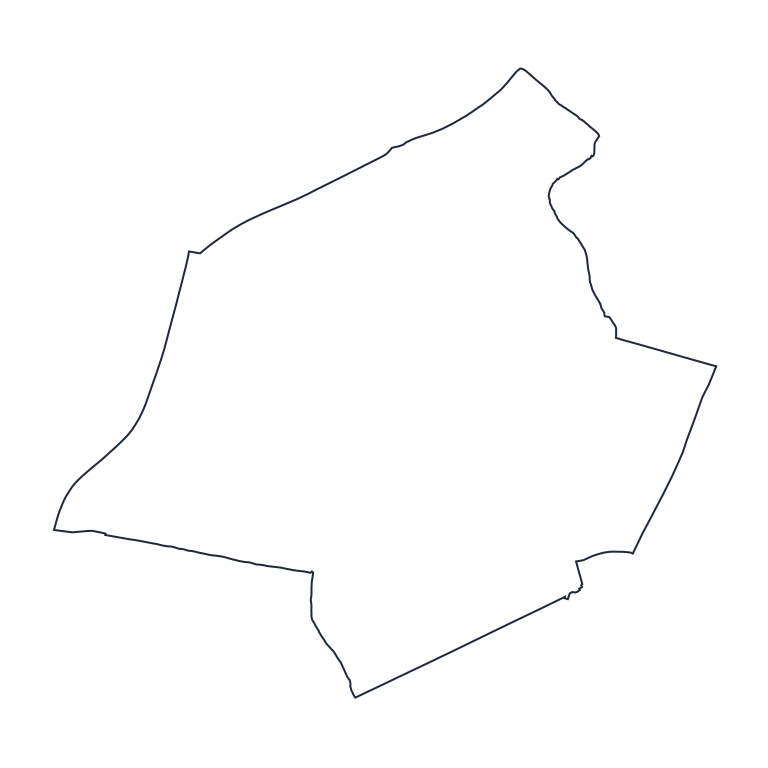 outline of Ridderkerk, Zuid-Holland, Netherlands, rotated 269°
{"feature_id": "6326949B39885659385056", "entity_name": "Ridderkerk", "entity_type": "district", "adm_level": 2, "iso_a3": "NLD", "parent_name": "Netherlands", "parent_adm1": "Zuid-Holland", "projection": "mercator", "projection_center": [4.592, 51.871], "detail": "fine", "context": "isolated", "style": "outline", "palette": "slate", "viewbox_px": 768, "rotation_deg": 269, "n_neighbors": 0, "source": "geoboundaries", "source_scale": "gbopen_adm2", "svg_char_len": 6035}
<svg xmlns="http://www.w3.org/2000/svg" viewBox="0 0 768 768"><g transform="rotate(269 384 384)"><path d="M563.4,283.0L557.8,269.0L554.1,260.4L550.4,251.9L546.2,243.7L541.6,235.5L536.2,227.4L531.0,219.8L525.3,211.8L520.2,205.2L517.8,202.5L519.9,191.3L516.6,190.7L514.1,190.2L510.4,189.3L505.5,188.1L466.2,177.3L446.8,171.7L422.6,164.9L412.9,161.7L398.6,156.6L368.6,145.5L361.6,142.5L354.2,138.7L348.1,135.0L342.3,131.1L336.1,125.8L326.8,116.0L313.0,100.1L307.1,92.7L302.0,86.4L296.8,80.3L292.4,75.6L289.3,72.6L286.5,70.3L283.2,68.0L279.3,65.4L275.8,63.3L272.8,61.8L268.6,59.9L263.6,57.8L259.1,56.1L252.4,54.0L243.8,51.5L241.1,69.9L241.7,77.7L242.2,85.2L242.3,85.2L242.3,85.4L242.3,85.6L242.1,85.7L242.3,88.2L242.3,88.7L242.3,88.9L242.3,89.0L242.2,90.6L242.0,91.3L241.6,92.9L241.5,93.0L241.3,93.7L241.4,93.8L240.0,100.1L239.7,101.5L239.4,102.5L239.1,103.0L237.9,102.7L236.9,107.8L236.1,112.0L234.8,118.5L233.2,126.8L232.6,130.9L231.2,138.0L228.9,149.1L228.4,151.2L228.4,152.1L227.5,155.7L226.7,158.5L226.3,160.2L225.4,165.2L225.4,166.2L225.3,167.4L225.1,168.9L224.7,170.5L224.4,171.6L223.0,175.5L222.8,176.5L222.6,178.9L222.3,180.5L222.0,181.6L221.3,183.5L221.0,184.7L220.7,185.8L220.5,187.4L220.4,188.6L220.1,190.2L219.6,192.4L218.8,195.2L217.7,200.1L217.1,203.0L216.8,204.0L216.1,207.0L216.1,207.3L215.9,208.0L215.6,210.4L215.2,213.6L214.9,215.6L214.7,216.6L214.1,219.8L213.9,220.8L213.0,223.8L211.1,230.3L210.0,234.6L209.7,235.4L209.3,237.3L208.5,241.4L208.4,242.7L208.3,242.8L208.2,244.0L208.1,245.5L207.9,246.7L207.8,247.1L207.1,249.4L206.3,251.7L206.2,252.0L206.0,252.5L205.8,253.6L205.4,257.5L205.3,258.3L204.7,261.3L204.1,263.9L203.8,265.5L202.9,272.7L202.5,275.4L202.2,277.7L200.7,284.2L199.5,290.0L198.6,295.5L198.0,300.6L196.7,306.3L196.4,307.1L197.9,308.6L197.7,308.9L197.2,309.4L196.4,309.9L187.0,308.3L181.0,307.9L178.9,307.9L174.3,307.8L173.5,307.6L173.0,307.6L172.6,307.6L171.4,307.2L170.5,307.1L168.2,307.1L164.7,307.6L163.7,307.5L162.8,307.6L161.0,307.5L158.9,307.4L157.5,307.4L156.2,307.5L153.2,307.4L151.6,307.6L149.6,308.1L148.8,308.4L148.4,308.6L147.8,309.1L147.0,309.6L145.3,310.5L144.0,311.1L142.9,311.7L141.6,312.4L138.3,314.4L137.4,314.7L137.1,314.8L136.5,315.1L133.7,316.7L132.1,317.7L131.1,318.4L128.4,320.2L127.4,320.6L125.7,321.7L125.1,322.1L122.4,324.6L120.3,326.4L118.9,327.6L117.6,328.9L115.1,330.4L111.2,332.6L107.8,334.8L106.7,335.7L106.3,336.0L104.9,336.5L102.6,337.6L102.1,337.7L97.3,339.9L96.7,340.0L95.2,340.7L93.7,341.3L91.9,342.2L89.8,343.5L89.0,344.2L88.6,344.4L88.0,344.7L87.2,344.9L86.1,345.1L85.2,345.2L84.0,345.2L82.7,345.0L82.0,345.0L81.7,345.1L80.7,345.5L80.3,345.6L78.8,345.9L77.9,346.1L76.2,347.1L74.3,347.8L73.6,348.2L70.9,349.8L77.1,363.4L82.6,375.6L88.2,387.8L107.7,430.7L110.0,435.6L114.8,446.2L122.3,462.3L142.5,505.8L154.7,532.5L168.0,561.1L166.7,560.7L165.7,564.1L171.0,565.9L171.3,566.0L171.9,567.0L172.5,568.1L172.5,568.3L172.4,568.4L172.6,568.9L172.6,569.4L172.4,570.6L172.3,571.5L172.2,571.9L173.0,574.0L174.6,576.2L175.8,575.5L177.5,578.5L179.2,577.6L180.0,578.1L180.5,578.8L203.2,572.9L204.2,579.4L204.5,580.6L208.5,589.7L210.7,597.2L210.9,598.1L211.7,601.6L212.2,605.9L212.4,609.0L212.0,620.7L211.2,627.6L211.1,627.8L210.1,629.8L229.6,639.6L244.6,647.9L269.9,661.7L286.9,670.5L301.4,677.4L310.7,681.6L322.7,685.8L342.0,693.4L361.0,700.5L363.8,701.5L366.0,702.5L368.8,703.9L372.9,706.1L377.6,708.7L378.9,709.2L384.8,711.8L395.9,716.5L398.5,707.6L407.7,677.2L419.4,638.7L422.4,628.5L423.8,623.7L426.1,616.7L429.8,617.0L433.5,617.0L435.4,617.1L436.3,616.9L437.1,616.6L439.1,615.6L441.2,614.1L444.5,612.2L445.5,611.5L446.8,610.6L447.0,610.4L447.8,606.1L449.5,605.5L451.3,605.5L455.0,603.4L456.3,602.6L460.5,601.7L460.5,601.4L461.0,601.3L465.2,599.0L467.4,597.6L468.2,597.1L474.7,593.9L480.1,592.6L481.8,591.8L485.3,591.5L488.2,591.5L492.3,590.7L494.1,590.3L501.7,589.5L504.5,589.4L508.3,588.8L514.4,587.2L519.7,584.0L520.1,583.9L526.1,580.2L526.5,579.6L526.9,579.4L527.0,579.0L529.0,577.7L530.7,576.7L530.8,576.5L532.1,575.5L532.1,575.1L532.7,574.5L532.8,574.4L532.9,574.1L532.9,573.9L536.0,569.9L541.6,563.9L544.5,561.5L544.9,561.4L545.6,560.8L548.9,559.4L551.4,557.9L552.9,557.4L553.9,557.4L554.6,557.0L554.9,556.5L557.1,555.1L559.0,554.4L560.8,553.5L562.8,552.9L565.3,553.1L565.8,552.8L565.9,552.6L567.6,552.3L569.4,551.9L570.4,552.2L572.7,552.7L575.4,553.4L576.1,553.7L580.1,556.0L580.9,556.1L581.2,556.3L584.0,559.3L585.0,560.3L586.0,560.8L585.6,561.7L586.4,562.7L587.4,563.3L589.0,567.0L593.7,574.9L594.6,576.0L598.4,583.8L600.0,586.0L603.5,589.6L605.3,592.0L605.1,592.5L606.1,594.2L606.5,594.5L608.5,595.4L608.0,596.2L608.1,596.4L608.4,597.2L609.8,597.9L611.5,598.3L614.4,598.5L616.2,598.5L620.2,598.7L621.1,599.0L622.7,599.7L624.4,601.1L624.8,601.2L628.1,603.5L629.3,603.0L629.8,602.8L632.3,600.7L634.3,598.5L638.6,593.2L639.3,592.9L639.9,592.2L640.9,590.8L642.1,589.6L643.2,588.5L643.4,588.2L643.6,587.5L644.4,587.0L644.7,586.5L644.7,586.1L645.4,584.8L645.6,584.6L645.9,584.0L648.2,582.2L648.9,581.3L652.6,575.9L655.1,572.5L655.5,571.7L656.9,569.9L657.2,569.0L658.0,568.2L658.8,567.0L659.3,566.4L660.1,564.9L660.9,563.8L661.1,563.4L663.0,561.9L664.8,560.1L665.8,559.7L666.1,559.5L669.2,556.9L673.5,554.4L676.0,552.1L679.4,548.5L681.1,546.5L685.5,541.3L689.7,536.7L694.7,531.2L695.7,529.6L696.2,528.7L697.1,526.4L696.9,525.9L696.9,525.4L696.5,524.9L695.7,524.1L694.9,522.8L694.4,522.3L693.1,521.1L688.3,516.9L683.7,513.0L682.4,511.9L681.7,511.2L676.8,506.6L675.8,505.5L674.4,503.8L671.3,499.9L670.1,498.5L668.9,496.9L668.4,496.5L666.2,493.5L664.6,491.6L661.6,487.6L659.9,484.9L658.5,482.7L656.8,480.2L650.6,470.7L649.2,468.1L644.4,459.5L644.1,459.0L640.6,451.9L638.4,447.4L636.9,443.7L635.4,439.8L634.3,436.9L633.3,433.6L632.7,431.7L630.3,423.2L629.4,420.3L628.1,416.7L626.5,413.1L626.2,412.8L625.4,410.7L624.8,409.8L624.0,408.9L623.0,407.5L622.3,405.7L621.4,403.1L620.1,396.2L616.8,393.3L614.9,391.4L613.4,389.5L611.9,387.1L596.1,354.4L593.3,348.7L579.2,319.0L575.7,312.0L571.8,303.5L570.1,299.6L563.4,283.0Z" fill="none" stroke="#1e293b" stroke-width="2"/></g></svg>